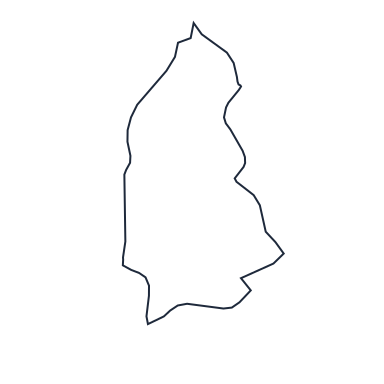 SVG path tracing the border of Lanao del Norte, rotated 311°
{"feature_id": "PHL-2573", "entity_name": "Lanao del Norte", "entity_type": "Province", "adm_level": 1, "iso_a3": "PHL", "parent_name": "Philippines", "parent_adm1": "", "projection": "robinson", "projection_center": [123.969, 7.959], "detail": "fine", "context": "isolated", "style": "outline", "palette": "slate", "viewbox_px": 384, "rotation_deg": 311, "n_neighbors": 0, "source": "natural_earth", "source_scale": "10m", "svg_char_len": 887}
<svg xmlns="http://www.w3.org/2000/svg" viewBox="0 0 384 384"><g transform="rotate(311 192 192)"><path d="M91.3,187.9L95.8,184.4L97.3,182.9L110.9,174.2L160.8,129.5L165.5,127.8L173.4,126.1L178.9,121.8L187.6,110.3L196.5,102.8L208.3,97.0L221.9,93.4L266.7,93.2L282.8,90.5L295.5,83.5L307.3,90.0L320.6,82.4L317.4,95.9L320.1,126.9L316.7,138.8L308.3,150.4L305.2,153.9L303.7,156.6L304.2,158.6L303.8,159.8L299.7,160.4L283.3,160.9L278.2,162.2L269.3,167.2L266.0,172.5L264.4,179.9L256.3,203.2L253.1,209.0L248.7,213.1L244.7,214.5L230.3,215.3L228.9,218.9L230.1,240.6L226.5,251.9L210.4,273.7L208.9,287.9L205.7,301.6L191.4,300.4L159.1,285.5L156.3,300.9L156.2,300.9L139.9,300.2L130.9,297.9L124.7,292.2L104.4,261.6L97.0,255.7L88.2,253.3L79.7,252.4L63.4,245.4L68.3,239.2L85.4,227.6L93.1,221.0L97.1,212.9L96.2,205.2L93.3,197.2L91.3,188.0L91.3,187.9Z" fill="none" stroke="#1e293b" stroke-width="2"/></g></svg>